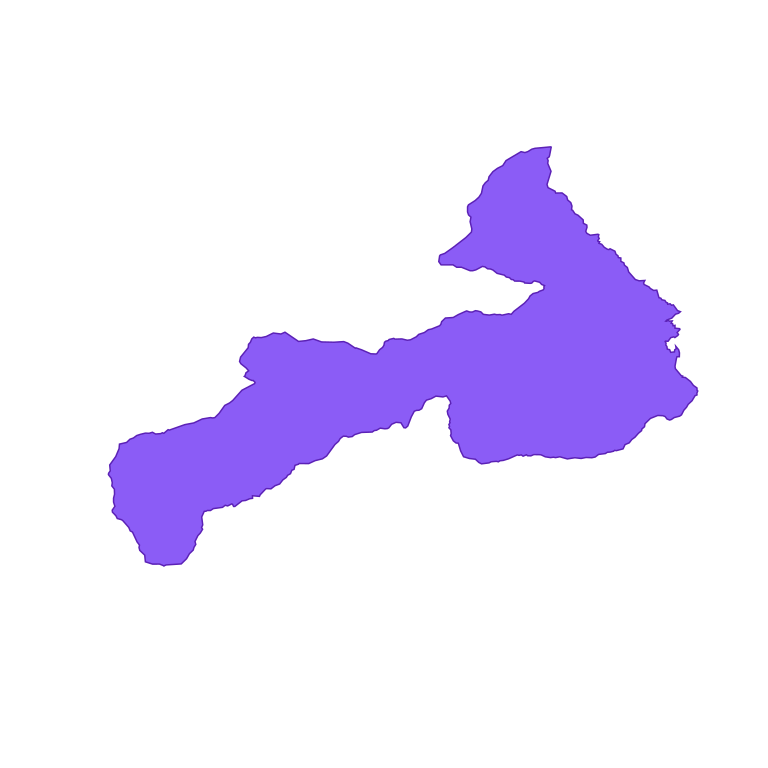 Zaruma, El Oro, Ecuador, rotated 246°
{"feature_id": "8360857B11168395923367", "entity_name": "Zaruma", "entity_type": "district", "adm_level": 2, "iso_a3": "ECU", "parent_name": "Ecuador", "parent_adm1": "El Oro", "projection": "equal_earth", "projection_center": [-79.513, -3.511], "detail": "fine", "context": "isolated", "style": "filled", "palette": "violet", "viewbox_px": 768, "rotation_deg": 246, "n_neighbors": 0, "source": "geoboundaries", "source_scale": "gbopen_adm2", "svg_char_len": 6144}
<svg xmlns="http://www.w3.org/2000/svg" viewBox="0 0 768 768"><g transform="rotate(246 384 384)"><path d="M227.5,576.0L230.6,579.6L230.5,584.1L232.5,587.8L233.3,591.6L235.5,596.4L236.6,600.3L238.0,601.3L239.0,604.6L241.6,606.3L244.2,613.4L243.9,621.3L241.6,625.9L239.9,627.6L236.9,628.3L234.9,630.3L234.7,632.2L235.3,635.5L234.4,641.0L234.8,643.2L238.1,647.3L239.7,650.9L241.7,653.6L243.4,658.6L246.8,663.4L246.7,665.5L248.4,666.1L250.0,667.8L250.8,667.4L253.1,668.3L256.8,666.1L261.7,665.0L267.3,662.0L268.9,659.3L269.7,660.1L270.8,658.9L279.5,656.4L281.9,657.1L288.2,661.4L289.8,662.8L288.8,664.9L292.3,666.6L295.4,667.1L299.8,665.9L297.4,665.3L297.0,663.5L295.2,662.4L296.3,658.8L299.2,658.9L300.6,657.0L303.2,657.7L304.9,657.3L306.6,658.3L308.4,658.1L308.7,658.5L307.5,660.9L309.7,664.8L309.2,667.9L308.1,668.6L308.8,672.1L309.5,673.2L311.8,672.7L313.4,676.5L314.3,676.6L316.7,672.5L319.2,673.7L319.6,671.8L321.6,672.2L322.8,671.0L324.4,673.0L325.3,670.2L326.6,669.7L326.4,667.6L326.8,667.0L327.4,668.6L327.1,673.7L329.2,678.7L328.8,681.9L329.5,684.2L331.7,682.0L338.6,680.5L339.0,678.7L340.9,678.0L341.5,675.6L342.8,676.0L343.7,675.0L346.1,674.6L347.9,672.1L349.8,671.8L351.0,670.3L358.8,671.4L359.8,668.4L362.9,666.2L364.9,665.6L369.1,662.1L370.8,662.3L372.5,664.4L374.5,659.0L377.2,656.1L386.8,653.1L391.5,653.7L394.7,652.0L397.1,652.4L399.7,650.3L402.8,651.6L404.2,649.5L406.0,649.9L408.2,648.7L411.4,649.0L415.6,645.5L415.3,644.2L416.1,643.0L419.3,640.8L423.1,639.7L425.1,637.6L426.3,638.9L427.2,637.5L428.0,637.5L429.4,639.8L431.1,639.6L433.1,641.0L433.8,640.3L436.0,633.0L439.1,630.6L441.4,630.4L444.6,633.2L446.7,633.9L449.7,631.5L452.9,632.7L459.3,629.9L461.8,627.7L465.9,627.0L466.9,626.2L470.1,628.1L473.8,628.4L477.5,626.6L480.9,627.2L486.1,624.4L488.6,618.5L490.5,618.7L496.7,613.7L500.0,614.1L510.4,623.1L519.0,623.3L521.3,624.8L523.8,624.9L524.3,627.2L525.4,628.2L532.4,633.1L532.9,632.6L537.9,617.8L538.4,614.6L537.8,609.9L538.1,606.9L540.5,603.7L538.5,586.4L535.2,581.3L534.9,575.4L533.7,569.9L530.7,564.3L527.7,562.0L526.7,558.5L524.7,555.0L518.6,550.6L516.1,546.7L514.5,541.9L513.3,534.0L511.9,532.4L507.2,530.3L504.1,530.0L501.1,531.3L497.3,528.7L489.9,527.3L487.2,525.6L484.5,518.4L480.6,502.5L478.6,492.6L479.0,488.0L478.4,486.9L473.5,483.8L469.6,484.6L464.8,495.5L461.1,497.9L459.2,502.2L452.5,508.7L451.4,511.1L450.9,514.3L451.4,521.7L449.9,523.9L447.1,525.5L445.8,528.0L443.8,529.9L439.1,532.3L434.5,538.2L432.0,539.2L430.1,541.9L427.7,542.8L426.7,544.5L424.9,545.2L422.7,550.0L420.2,553.4L419.1,553.5L416.5,558.5L416.1,560.0L417.0,562.2L416.9,563.5L413.6,567.6L410.8,568.5L408.6,570.7L407.8,569.6L406.0,569.0L405.2,567.5L405.5,563.7L405.1,561.8L406.0,557.0L405.0,553.2L403.1,550.8L400.7,545.1L397.6,532.3L395.9,528.6L397.5,526.4L398.9,519.7L400.2,518.4L401.5,515.1L402.9,513.2L404.1,508.3L407.2,503.1L410.5,501.8L412.7,499.1L413.8,497.3L413.8,493.9L415.0,491.5L417.1,489.3L417.2,488.2L417.2,480.1L416.6,474.3L419.3,466.9L417.5,462.0L415.4,460.2L414.6,458.5L414.9,449.7L415.6,446.6L414.6,441.8L415.2,435.9L414.0,432.7L413.6,426.2L414.5,423.1L417.9,418.7L420.5,412.3L421.7,411.5L422.6,406.8L422.0,405.5L422.4,402.9L421.9,401.4L419.4,399.7L418.0,397.6L417.1,393.9L414.6,389.8L414.7,388.8L417.0,384.2L424.3,377.5L428.4,373.1L428.3,372.4L436.0,367.6L439.1,364.5L442.5,355.3L447.8,344.1L453.9,337.7L455.4,330.1L457.7,323.2L471.6,314.6L471.6,310.2L475.6,303.6L475.3,295.7L476.3,290.8L478.1,287.3L478.5,285.3L479.8,284.1L479.0,281.6L476.4,278.8L475.4,276.4L472.4,274.7L466.9,263.9L463.3,261.2L460.7,261.5L454.7,264.6L451.1,265.7L450.4,262.5L448.0,260.3L447.8,259.5L443.2,262.6L440.8,264.9L440.5,265.9L438.0,266.9L437.0,266.0L436.1,251.7L430.5,239.2L429.5,235.2L429.2,229.8L424.3,221.5L422.1,215.8L422.6,213.8L423.9,211.8L426.0,203.7L425.8,194.4L427.9,185.5L429.2,169.2L430.1,168.2L428.5,162.8L429.6,161.7L429.5,159.8L431.2,155.0L434.1,152.8L434.5,149.4L436.2,146.0L437.1,141.0L437.5,137.1L436.6,133.1L436.9,129.4L435.3,125.1L436.7,117.9L432.7,115.7L426.8,109.4L421.6,100.5L416.0,98.6L414.5,96.1L413.3,95.4L408.7,96.5L404.3,95.6L401.6,93.9L397.6,94.9L392.9,93.0L389.7,90.5L386.1,88.9L381.7,88.4L379.3,84.4L377.4,83.8L372.6,85.5L369.6,85.6L366.9,88.9L365.5,89.8L356.8,92.5L353.1,92.4L351.0,94.0L340.1,94.2L336.3,95.1L334.3,93.7L331.3,93.2L325.0,95.8L318.6,93.7L313.6,99.3L310.8,105.7L307.4,109.0L306.5,109.0L307.4,109.0L307.3,111.5L302.1,125.6L304.7,132.6L308.1,137.2L309.9,142.2L312.0,143.9L314.0,146.8L317.0,147.3L321.2,152.3L322.6,155.6L325.1,159.2L327.1,159.0L329.0,161.1L336.7,163.4L340.8,168.0L340.2,169.6L340.3,171.2L339.0,174.0L339.6,177.4L337.0,186.3L337.8,189.6L336.2,191.6L336.4,196.0L335.8,196.7L333.3,196.8L332.8,197.9L335.0,206.8L333.9,210.2L333.8,214.7L333.0,217.4L335.4,218.4L332.0,224.5L333.2,225.9L336.2,233.1L336.2,234.2L334.2,238.1L335.4,243.1L335.1,248.0L337.5,252.5L338.4,256.8L339.8,258.8L340.1,262.1L342.7,264.7L342.6,267.1L345.9,269.6L345.5,273.2L345.9,274.1L341.9,282.9L342.0,289.9L340.7,297.3L341.6,302.3L348.7,314.6L350.1,319.1L352.0,321.8L352.9,325.6L351.5,328.4L350.0,329.8L348.9,333.6L349.7,336.6L348.9,343.8L344.9,353.7L345.4,356.2L344.8,358.4L345.2,362.6L342.7,366.6L341.9,369.0L342.0,370.6L344.1,374.6L344.1,379.4L341.7,383.7L336.0,384.4L335.1,385.9L335.9,388.6L342.9,395.6L346.8,400.6L346.7,402.9L345.8,405.3L346.1,408.4L350.4,413.2L352.0,416.2L351.4,421.1L351.8,426.5L348.2,432.6L347.7,436.3L341.5,437.5L339.1,437.1L338.1,435.0L335.5,433.7L333.5,430.8L330.4,430.0L325.0,430.2L322.7,428.5L321.8,428.6L320.6,426.8L318.7,426.7L317.6,425.5L314.9,426.4L311.2,425.1L309.8,423.8L303.9,424.2L300.8,425.8L299.7,427.8L291.8,426.8L285.2,427.1L281.2,431.7L278.1,436.9L273.8,438.7L271.4,440.6L269.2,447.9L269.4,450.0L268.9,451.7L267.6,455.3L266.4,456.8L266.7,458.7L265.7,461.8L265.0,467.4L265.0,476.9L263.9,478.3L263.4,480.6L261.5,481.7L261.4,485.4L260.1,485.9L258.6,489.0L258.6,492.1L256.3,497.1L255.4,498.7L251.9,501.7L249.0,506.2L248.2,509.1L247.0,510.7L246.0,515.0L241.0,521.0L239.0,528.4L235.8,533.8L234.7,538.7L232.1,543.9L231.4,547.2L232.4,551.4L230.4,558.0L230.8,560.3L229.8,563.0L229.2,566.4L229.6,567.6L228.6,569.2L227.5,576.0Z" fill="#8b5cf6" stroke="#5b21b6" stroke-width="1.5"/></g></svg>